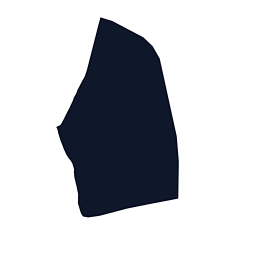 Al Wadi', Abyan, Yemen, rotated 287°
{"feature_id": "15242507B19618049480108", "entity_name": "Al Wadi'", "entity_type": "district", "adm_level": 2, "iso_a3": "YEM", "parent_name": "Yemen", "parent_adm1": "Abyan", "projection": "mercator", "projection_center": [46.038, 13.695], "detail": "fine", "context": "isolated", "style": "filled", "palette": "ink", "viewbox_px": 256, "rotation_deg": 287, "n_neighbors": 0, "source": "geoboundaries", "source_scale": "gbopen_adm2", "svg_char_len": 1695}
<svg xmlns="http://www.w3.org/2000/svg" viewBox="0 0 256 256"><g transform="rotate(287 128 128)"><path d="M219.3,111.5L225.0,81.5L225.0,70.0L224.6,70.0L223.5,70.2L222.3,70.2L221.2,70.2L220.3,70.2L175.6,72.3L171.3,72.5L170.4,72.5L169.3,72.5L168.1,72.4L167.0,72.4L165.7,72.4L164.5,72.2L163.3,72.1L162.1,71.8L160.9,71.5L159.7,71.2L158.5,71.0L157.2,70.8L156.0,70.5L154.8,70.3L153.5,70.1L152.3,69.9L151.2,69.7L150.1,69.4L148.9,69.3L147.5,69.2L146.4,69.2L145.1,69.0L143.9,68.7L142.8,68.5L141.5,68.1L140.4,68.1L139.1,68.0L137.8,68.0L136.3,67.7L135.1,67.6L133.9,67.4L132.7,67.2L131.4,67.1L130.1,66.9L128.7,66.7L127.6,66.4L126.4,66.2L125.3,66.0L123.9,65.8L122.6,65.5L121.2,65.3L120.0,65.1L118.6,64.9L117.4,64.7L116.3,64.5L115.2,64.2L114.1,64.1L112.9,63.8L111.9,63.5L110.8,63.2L109.9,62.3L109.0,61.4L108.3,60.5L107.9,60.2L107.6,60.5L106.8,61.3L105.8,61.9L104.8,62.5L103.7,63.1L102.7,63.7L101.6,64.4L100.4,65.2L99.5,65.9L98.5,66.5L97.6,67.1L96.6,67.9L95.7,68.6L94.8,69.3L93.7,70.2L92.7,71.0L91.7,71.7L90.8,72.4L89.9,73.1L89.0,73.8L88.2,74.6L87.2,75.5L86.3,76.2L85.5,77.0L84.5,78.0L83.7,79.0L82.8,79.9L82.2,80.8L81.5,81.8L80.8,83.0L78.2,85.8L73.3,89.1L73.0,89.2L71.9,89.5L70.8,89.7L69.8,90.0L68.7,90.5L67.6,91.0L66.2,91.5L65.2,92.0L64.3,92.5L63.3,93.1L62.3,93.7L61.4,94.3L60.2,94.9L59.1,95.6L58.1,96.2L57.2,96.7L56.2,97.3L55.3,97.8L54.2,98.3L53.1,98.9L51.7,99.7L50.7,100.2L49.6,100.6L48.5,100.9L47.4,101.2L46.3,101.5L45.1,101.9L44.0,102.2L42.7,102.5L41.6,102.9L34.7,107.4L32.3,109.4L31.0,111.1L31.6,115.9L36.3,126.0L51.2,150.1L54.8,156.7L65.8,177.2L66.2,178.1L75.6,195.8L110.5,185.7L134.1,176.3L203.1,137.5L212.8,127.2L218.5,115.9L219.3,111.5Z" fill="#0f172a" stroke="#020617" stroke-width="1.5"/></g></svg>